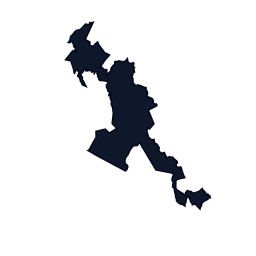 the district of San Marcos Arteaga, Oaxaca, Mexico, rotated 231°
{"feature_id": "50627088B92396547767690", "entity_name": "San Marcos Arteaga", "entity_type": "district", "adm_level": 2, "iso_a3": "MEX", "parent_name": "Mexico", "parent_adm1": "Oaxaca", "projection": "mercator", "projection_center": [-97.907, 17.746], "detail": "fine", "context": "isolated", "style": "filled", "palette": "ink", "viewbox_px": 256, "rotation_deg": 231, "n_neighbors": 0, "source": "geoboundaries", "source_scale": "gbopen_adm2", "svg_char_len": 5912}
<svg xmlns="http://www.w3.org/2000/svg" viewBox="0 0 256 256"><g transform="rotate(231 128 128)"><path d="M135.8,82.7L126.9,86.1L96.2,99.0L96.4,101.0L97.9,103.3L98.4,103.8L100.3,103.9L102.6,103.5L105.0,105.5L106.2,107.0L107.1,110.3L107.3,111.5L107.7,112.1L109.3,115.2L110.0,117.2L110.8,121.1L108.5,124.3L109.6,127.9L77.9,123.3L66.3,133.0L63.8,134.7L60.4,129.8L59.3,129.2L58.6,129.1L57.5,129.2L56.2,127.5L55.2,126.5L54.3,125.8L53.8,125.6L52.6,125.8L51.6,125.7L51.0,125.4L50.2,124.7L49.0,124.0L46.8,123.1L46.0,123.0L45.1,121.9L44.2,121.7L43.4,121.2L42.6,121.1L41.1,120.0L39.9,119.9L37.8,120.2L36.3,120.6L34.2,122.3L33.3,122.5L31.5,123.2L32.7,123.9L33.4,125.6L38.0,131.0L34.5,131.5L33.0,131.0L32.3,130.6L31.2,130.3L28.3,130.1L27.8,129.7L26.9,132.3L19.7,132.9L20.8,134.4L21.2,135.8L21.9,136.8L22.5,137.3L22.9,138.1L23.2,139.2L23.2,141.0L23.0,141.8L22.4,145.0L22.4,145.5L22.6,147.0L22.5,147.4L21.9,148.0L23.7,149.0L24.1,148.8L24.8,148.3L25.1,147.8L25.0,147.4L25.3,147.3L25.4,147.5L25.5,148.2L26.2,148.6L26.9,148.2L27.0,148.0L26.5,147.2L27.1,146.5L27.3,146.3L27.9,146.4L28.3,146.1L28.5,146.2L28.9,147.8L29.1,147.9L29.4,147.7L29.6,147.3L30.4,147.2L30.4,146.7L30.6,146.6L30.9,146.8L31.0,147.5L31.7,147.4L31.9,146.8L32.9,147.4L33.1,147.4L33.4,147.0L34.3,147.5L34.0,143.4L36.2,137.6L38.5,137.2L39.5,136.8L39.8,136.3L40.4,135.5L41.0,135.2L41.9,135.1L42.0,134.9L42.0,133.7L41.6,132.9L41.5,131.9L40.4,131.4L40.0,130.9L39.8,130.4L48.5,127.3L49.5,127.0L51.7,127.6L56.7,131.9L57.2,132.9L56.1,136.1L53.7,140.9L57.0,141.7L61.9,143.5L63.5,144.4L64.8,144.4L65.1,143.0L65.3,142.7L66.5,142.1L67.0,141.2L67.5,141.1L68.1,141.5L69.8,143.2L69.7,143.5L70.1,144.7L70.4,144.9L71.2,145.1L72.1,145.0L74.3,144.5L76.9,144.4L77.4,144.1L78.1,143.1L79.6,142.3L80.1,140.8L80.0,139.9L80.3,139.5L82.6,139.9L83.0,139.8L85.0,140.6L86.1,140.8L86.6,139.6L86.8,138.7L88.1,138.1L88.9,137.8L89.7,137.7L90.8,138.0L92.1,137.9L92.3,138.5L92.2,139.0L92.9,139.8L96.3,140.3L97.1,140.3L97.8,140.1L98.5,139.8L99.1,139.4L99.8,139.3L99.9,139.5L102.9,141.0L103.1,140.2L103.6,139.5L104.5,138.8L110.1,137.9L109.4,138.9L113.7,140.6L116.0,143.7L113.7,144.0L114.9,150.8L129.1,155.0L127.2,164.4L127.8,165.1L128.7,165.2L130.4,163.4L132.2,163.7L133.0,164.7L134.9,165.4L136.9,164.7L138.7,163.8L140.1,162.7L141.0,162.8L142.4,165.0L144.6,166.0L146.7,165.9L147.4,167.2L147.9,167.4L151.4,164.9L151.9,165.0L153.1,164.5L153.4,163.5L154.7,163.4L155.3,162.8L156.3,160.0L156.9,159.9L158.0,160.8L158.8,160.0L159.3,159.9L163.1,162.8L166.1,163.7L166.0,164.4L166.1,164.9L166.4,165.3L167.4,165.8L167.6,166.3L167.3,167.8L167.4,168.4L167.7,168.5L168.5,168.4L168.9,168.8L169.1,169.3L169.3,169.4L169.7,169.3L170.3,168.7L170.6,168.7L170.8,168.8L170.7,171.0L171.2,171.2L171.9,171.1L172.5,170.8L173.0,170.9L173.6,171.6L174.0,172.8L174.4,173.2L174.9,173.3L175.6,173.1L175.8,172.1L176.3,171.0L176.9,170.2L178.1,169.7L178.8,169.6L179.7,169.7L180.5,170.1L182.3,171.2L181.8,168.3L182.0,167.1L182.5,165.7L183.6,165.1L184.6,164.1L185.4,163.8L186.4,161.9L187.2,160.2L187.8,160.0L187.8,159.4L187.5,159.0L186.2,158.4L186.0,157.0L185.8,155.2L185.5,154.3L185.3,153.1L184.5,151.7L183.4,151.0L183.0,149.3L183.2,147.0L183.1,146.4L182.7,145.8L181.9,145.6L181.8,145.1L182.3,145.2L182.8,144.9L183.7,145.0L184.8,146.2L185.2,147.0L185.7,147.3L186.3,148.1L187.5,147.7L188.4,145.9L188.9,145.7L190.0,146.1L191.1,146.1L191.9,145.8L192.4,145.3L192.8,144.5L192.4,143.7L193.0,143.4L193.4,146.8L195.1,152.4L196.4,159.6L197.7,158.9L199.7,158.2L200.2,157.4L201.2,157.3L211.1,157.7L214.0,158.6L214.0,155.5L213.3,152.2L217.0,150.2L217.1,150.5L217.2,150.9L217.4,151.2L217.7,151.5L217.9,151.4L218.1,152.0L218.3,152.2L218.7,152.4L218.9,152.5L223.7,150.5L232.1,167.5L233.2,165.1L233.9,164.7L232.9,163.6L233.1,163.1L234.0,161.5L235.5,160.5L234.5,152.8L236.3,149.4L236.3,147.3L235.5,144.0L235.3,141.5L235.1,140.7L233.5,139.1L232.3,136.7L232.1,135.4L231.2,136.1L231.2,136.5L230.8,136.8L230.6,137.3L230.8,137.9L230.7,139.2L230.1,139.5L228.9,138.8L228.2,138.6L227.9,138.2L227.1,138.3L226.7,137.9L225.6,137.9L225.5,137.7L225.6,137.3L225.5,137.2L224.9,138.0L224.4,138.1L224.2,138.0L224.4,137.2L224.1,137.1L223.8,137.4L222.8,137.5L222.2,137.4L221.3,136.8L221.1,136.6L221.3,136.3L221.6,136.1L222.2,135.8L222.1,135.4L221.9,135.2L221.7,135.1L220.9,135.2L220.2,135.2L222.8,133.5L220.4,122.4L216.1,125.8L208.5,122.9L203.7,120.4L205.1,122.4L205.3,123.0L205.3,123.7L205.1,124.4L204.5,124.9L203.2,125.0L202.2,124.8L201.3,124.1L200.9,122.7L200.5,122.1L200.0,121.7L199.3,121.5L198.7,121.9L197.4,121.9L196.1,121.4L194.4,120.5L192.7,120.4L190.7,119.7L190.0,119.8L186.6,121.6L190.5,122.4L192.7,122.9L193.7,122.6L194.3,122.8L195.1,123.8L196.2,124.5L199.2,124.9L199.5,125.3L199.7,126.8L199.9,127.1L200.0,127.5L199.8,127.9L200.7,129.9L201.4,130.5L201.6,130.8L201.6,131.3L200.8,131.7L199.3,131.0L199.1,131.0L198.5,132.0L197.7,132.5L197.7,132.8L197.9,133.0L199.8,133.2L200.0,133.5L199.9,133.8L199.5,134.0L197.3,133.7L197.0,134.0L196.7,134.9L196.4,135.2L195.2,135.3L194.3,134.9L194.1,135.0L194.2,135.6L194.1,136.7L193.8,136.9L192.8,136.9L191.6,135.8L191.3,135.8L192.2,137.8L190.9,139.9L190.6,139.8L190.2,139.2L189.6,139.0L189.9,138.1L189.7,138.0L188.6,138.3L187.8,137.8L187.4,137.0L187.2,136.9L186.7,137.1L186.4,136.7L185.5,136.9L184.8,136.5L184.4,136.0L183.7,136.1L182.9,135.9L178.2,140.6L176.5,141.0L176.3,140.9L175.7,140.3L175.1,140.4L174.6,139.9L174.7,139.1L175.0,138.6L175.0,138.1L174.2,138.1L173.9,138.0L173.7,137.4L172.8,136.7L170.5,136.7L170.1,136.0L169.7,135.7L169.1,135.6L168.2,136.0L166.3,135.6L166.0,135.0L166.1,134.1L165.2,133.5L164.3,134.4L164.4,135.2L163.2,133.9L162.9,133.7L162.7,133.4L162.7,133.1L159.8,132.1L159.3,132.2L158.7,131.8L158.7,131.6L158.0,131.3L157.7,130.8L157.5,130.7L157.4,130.3L157.4,130.0L156.9,129.9L156.2,130.0L155.4,129.2L154.7,129.5L148.6,125.8L141.7,118.7L140.6,118.5L134.8,119.1L135.8,110.2L141.4,109.7L145.5,101.0L140.8,97.3L138.8,92.0L135.6,84.3L135.8,82.7Z" fill="#0f172a" stroke="#020617" stroke-width="1.5"/></g></svg>